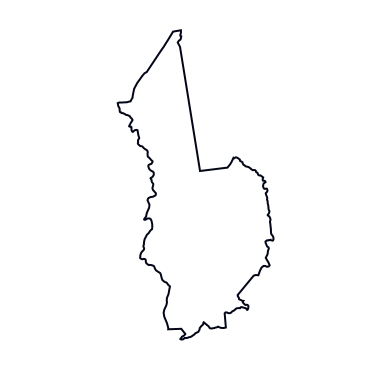 Viancelle, Vieux Fort, Saint Lucia, rotated 33°
{"feature_id": "8701671B99904787478825", "entity_name": "Viancelle", "entity_type": "district", "adm_level": 2, "iso_a3": "LCA", "parent_name": "Saint Lucia", "parent_adm1": "Vieux Fort", "projection": "natural_earth1", "projection_center": [-60.968, 13.815], "detail": "fine", "context": "isolated", "style": "outline", "palette": "ink", "viewbox_px": 384, "rotation_deg": 33, "n_neighbors": 0, "source": "geoboundaries", "source_scale": "gbopen_adm2", "svg_char_len": 6057}
<svg xmlns="http://www.w3.org/2000/svg" viewBox="0 0 384 384"><g transform="rotate(33 192 192)"><path d="M81.3,157.9L82.6,159.3L83.7,160.3L84.3,160.6L84.7,160.7L85.5,161.2L86.4,162.2L87.2,163.4L88.0,164.1L88.5,164.2L89.1,163.9L89.3,163.8L89.8,164.1L90.4,164.0L90.6,163.8L91.2,163.5L91.6,163.4L93.4,163.2L94.0,163.3L94.6,163.3L95.8,162.7L97.5,162.4L98.9,162.4L99.8,163.0L100.4,163.1L101.2,163.2L102.1,163.5L102.7,163.8L103.0,164.2L103.0,167.5L103.4,171.1L103.7,171.2L104.0,171.2L104.3,171.0L104.7,170.9L104.9,170.6L105.2,170.5L105.6,170.5L105.9,170.6L106.6,171.6L107.5,173.0L108.0,173.3L108.8,173.8L109.5,173.9L109.8,173.6L110.0,172.6L110.3,171.5L110.6,171.1L111.4,170.3L112.2,169.9L112.7,169.9L114.4,171.7L115.2,172.6L116.0,173.5L117.8,175.0L118.2,175.4L118.5,175.8L118.5,177.7L118.6,178.1L119.3,179.1L119.7,179.6L120.0,180.6L120.7,181.2L122.6,181.5L123.5,181.6L124.3,181.3L125.0,181.0L125.4,180.9L125.8,180.9L127.5,181.4L128.2,181.5L129.0,181.6L131.2,181.5L132.0,181.7L132.7,182.2L133.3,182.8L133.7,183.9L135.2,185.9L135.8,186.4L136.9,186.5L137.9,186.7L140.8,187.5L142.0,187.6L142.5,188.3L142.6,188.6L142.6,190.5L141.7,191.6L141.0,192.7L141.1,193.8L141.5,194.4L143.1,195.7L144.0,196.1L145.7,196.4L146.5,196.4L148.2,196.2L149.2,196.5L149.5,196.8L150.3,198.0L150.7,198.9L150.6,201.2L149.8,202.5L149.8,203.1L150.3,203.4L151.4,203.8L151.8,204.3L152.4,205.1L153.7,205.8L154.8,206.1L155.3,206.6L155.7,207.3L156.4,209.5L156.9,210.6L158.3,211.6L162.1,212.6L162.6,213.0L163.2,214.1L163.2,214.5L162.9,215.4L161.7,217.4L160.0,218.8L159.1,220.3L158.8,220.9L158.8,222.0L159.3,223.2L160.7,224.1L161.9,225.0L162.9,225.5L163.5,226.3L164.1,227.5L164.7,228.8L164.9,230.5L165.5,234.0L165.9,235.2L166.8,237.5L166.8,238.8L166.6,240.0L166.8,241.1L167.4,241.1L168.0,240.8L168.5,239.5L169.1,238.5L170.6,237.4L171.4,237.2L172.4,237.4L173.6,238.1L176.2,240.7L176.9,241.7L178.0,243.4L178.7,244.9L178.2,246.6L178.0,248.2L178.1,249.8L177.5,252.4L177.5,253.0L177.8,255.1L177.8,255.8L178.0,257.4L178.8,259.6L179.6,261.1L180.3,262.4L180.7,263.8L180.9,264.2L182.3,265.1L182.6,265.4L182.9,266.1L183.0,266.6L183.0,267.0L183.0,267.6L182.7,268.5L182.6,269.0L182.5,270.5L183.0,272.9L183.8,274.3L184.0,274.9L184.2,275.3L184.4,275.5L184.8,275.7L186.2,275.7L186.9,275.5L188.2,274.2L188.7,274.0L189.2,273.9L189.6,273.9L189.9,274.0L190.5,274.5L191.1,275.5L191.6,276.0L192.5,276.6L193.8,276.8L194.7,276.9L195.8,276.7L196.3,276.1L197.1,275.7L198.1,275.3L199.9,274.9L200.7,275.0L203.1,276.7L204.5,277.3L207.2,277.4L208.4,277.3L209.2,277.3L209.8,277.5L210.9,278.3L213.7,280.9L214.8,281.8L217.1,282.3L218.5,282.2L219.2,282.0L219.9,281.9L220.3,281.9L221.2,282.2L222.4,282.8L224.2,283.1L225.0,283.2L226.0,285.9L227.9,290.4L228.7,294.6L230.1,297.0L231.2,298.3L232.2,301.1L232.9,306.0L234.1,308.9L236.8,311.8L242.4,315.6L246.3,319.1L246.8,320.1L257.5,312.6L263.7,314.7L263.6,316.6L263.2,317.3L262.5,318.6L262.4,319.0L262.4,320.2L262.3,321.6L263.3,321.6L264.0,321.1L265.0,320.1L265.1,319.2L265.4,318.4L267.0,317.4L268.0,316.3L268.4,315.6L269.5,314.6L270.1,313.7L271.6,310.1L271.7,308.8L272.8,306.9L273.4,306.1L273.5,305.7L273.3,304.6L273.3,303.3L272.6,301.9L272.7,300.9L272.8,299.4L273.3,297.9L273.4,296.9L272.8,295.6L272.8,294.9L279.0,295.6L280.2,296.1L280.8,296.4L281.5,296.4L282.2,296.1L283.0,295.6L283.7,294.9L284.6,294.2L285.2,293.3L286.3,292.2L286.9,291.4L287.1,290.8L287.8,290.7L290.2,290.2L292.1,289.2L293.2,288.3L294.2,287.2L285.5,276.0L285.5,275.9L285.7,274.7L286.9,274.0L287.8,274.0L289.3,273.4L290.4,272.2L290.8,270.1L292.0,268.1L292.4,265.9L293.4,264.6L295.6,263.2L295.5,262.8L295.5,262.4L295.7,262.1L296.0,261.7L296.8,261.3L298.2,260.9L300.0,260.3L300.6,260.2L301.1,260.2L301.7,260.7L302.0,260.8L302.5,260.8L302.6,260.6L302.7,260.3L302.7,259.4L301.6,257.1L301.1,256.7L300.4,256.5L299.7,256.6L299.4,256.7L299.2,256.9L298.5,257.5L298.2,257.6L297.6,257.6L296.9,257.5L295.6,257.2L294.6,256.8L294.5,256.5L294.4,255.4L293.7,255.8L291.7,256.0L290.8,256.2L289.8,256.2L288.9,255.2L287.3,254.5L287.0,254.3L286.8,253.7L286.4,253.5L289.3,228.5L290.8,226.8L293.0,225.7L291.8,220.7L291.5,217.4L292.3,215.0L293.8,214.1L295.6,213.9L296.9,212.6L297.0,211.1L294.2,209.3L290.9,207.7L289.7,207.0L289.3,203.1L287.7,199.8L287.3,197.7L286.4,196.8L284.6,196.7L281.5,194.6L280.6,193.5L281.1,191.9L282.2,190.9L282.1,191.2L283.5,189.9L284.0,189.5L285.3,189.2L286.1,188.9L286.3,188.5L286.3,188.1L286.2,187.5L285.7,186.7L285.1,185.9L284.8,185.6L283.0,184.6L282.7,184.5L281.7,184.3L280.6,183.3L279.0,181.1L277.9,179.5L276.9,178.4L275.0,176.0L273.7,174.6L273.4,173.9L273.1,173.0L273.0,172.6L272.3,171.8L271.2,171.0L270.3,170.5L270.0,170.4L268.9,170.4L268.5,170.4L268.1,170.2L268.0,169.9L268.1,168.7L268.0,167.5L267.8,166.8L267.5,166.1L267.2,165.8L266.4,165.4L265.8,164.9L264.9,163.9L264.4,163.1L263.7,162.3L263.5,162.0L262.6,161.2L261.6,160.2L260.3,158.4L259.7,157.9L259.4,157.8L259.0,157.4L258.7,156.6L258.3,156.0L257.3,155.1L255.8,154.1L254.5,152.9L254.5,152.4L254.8,151.6L254.7,150.1L254.6,149.8L253.8,149.0L253.3,148.6L253.1,148.5L252.7,148.6L252.2,149.0L251.2,149.8L250.9,149.9L250.7,149.9L249.5,149.4L248.4,148.4L248.0,147.5L247.5,146.2L247.6,145.4L248.3,143.8L248.3,143.6L248.1,143.5L247.4,143.1L246.9,143.1L246.3,143.3L245.6,143.8L245.2,143.8L244.6,143.2L244.3,142.7L244.0,141.9L243.8,141.0L240.3,140.8L239.4,141.5L238.1,141.5L237.6,141.1L236.5,140.3L234.8,140.3L234.0,139.5L233.3,139.3L232.7,139.4L231.0,140.6L229.7,140.6L228.1,140.4L226.9,140.2L225.4,140.4L222.9,141.3L221.6,141.0L220.3,141.1L219.0,140.4L218.1,139.6L216.9,139.5L216.0,139.8L215.3,139.7L214.4,138.7L211.3,138.6L209.9,139.0L209.1,140.4L209.0,140.9L208.5,141.1L208.2,141.0L208.4,142.4L208.8,145.4L208.9,147.8L208.5,152.2L187.3,170.0L102.9,76.8L98.6,74.4L98.6,72.3L99.3,70.4L99.1,69.5L98.2,67.3L97.1,67.3L96.7,66.6L95.9,64.3L94.6,62.4L88.8,67.8L89.1,78.6L89.1,82.3L89.2,84.9L89.0,90.5L88.7,116.1L88.0,117.3L87.5,118.4L87.1,121.5L86.7,130.2L87.1,135.2L87.3,137.1L90.1,144.1L90.8,145.3L90.8,146.9L91.1,149.4L89.6,150.9L88.9,151.8L88.3,152.3L87.9,152.7L86.5,153.6L84.4,155.2L82.2,156.6L81.3,157.9Z" fill="none" stroke="#020617" stroke-width="2"/></g></svg>